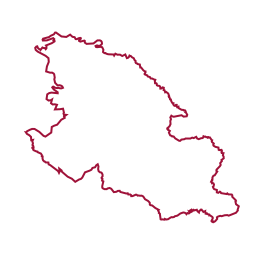 Texcatepec, Veracruz, Mexico, rotated 264°
{"feature_id": "50627088B91275102089847", "entity_name": "Texcatepec", "entity_type": "district", "adm_level": 2, "iso_a3": "MEX", "parent_name": "Mexico", "parent_adm1": "Veracruz", "projection": "equal_earth", "projection_center": [-98.314, 20.622], "detail": "fine", "context": "isolated", "style": "outline", "palette": "rose", "viewbox_px": 256, "rotation_deg": 264, "n_neighbors": 0, "source": "geoboundaries", "source_scale": "gbopen_adm2", "svg_char_len": 5770}
<svg xmlns="http://www.w3.org/2000/svg" viewBox="0 0 256 256"><g transform="rotate(264 128 128)"><path d="M38.6,230.0L40.9,227.5L43.1,227.2L43.8,227.2L44.2,227.8L44.9,227.6L48.7,224.5L50.2,224.7L51.0,224.2L51.5,220.9L52.6,219.9L52.0,219.2L53.5,213.8L54.8,213.2L55.1,212.7L54.1,211.0L54.7,209.6L57.1,209.9L58.2,207.3L59.7,206.5L60.6,206.3L60.9,206.9L62.7,207.6L64.0,207.2L64.4,206.5L64.2,205.8L65.5,205.5L65.8,205.0L66.6,205.5L66.9,206.3L68.0,206.2L68.3,206.7L70.0,206.8L71.0,207.5L71.6,208.0L71.9,209.3L75.4,212.2L76.1,211.4L77.3,211.7L80.4,215.4L81.6,216.3L83.4,216.0L85.3,217.9L86.4,217.6L87.8,220.0L89.6,220.1L90.9,219.5L93.0,220.3L93.3,218.6L94.4,218.4L95.3,219.1L96.5,218.7L96.5,216.3L96.8,215.9L99.1,215.9L100.1,213.0L101.4,211.3L102.3,211.0L103.6,211.7L105.2,210.1L106.0,209.9L107.0,210.4L107.2,210.0L110.1,208.4L110.0,206.5L110.6,206.6L110.7,204.8L111.4,204.0L111.3,203.2L111.9,202.2L110.5,201.6L110.2,201.0L110.2,199.6L109.5,197.2L110.3,195.7L112.1,194.9L111.1,192.3L111.7,190.8L111.0,188.9L111.5,184.0L111.0,183.1L110.9,179.9L109.8,178.6L109.9,177.6L112.7,173.9L114.8,172.5L115.0,171.0L115.4,170.9L116.3,169.2L119.1,168.2L120.7,169.3L121.9,167.7L122.5,167.9L122.9,167.0L123.6,167.0L125.3,169.4L127.4,170.7L130.6,170.8L132.3,171.7L134.1,171.2L135.7,172.4L135.0,173.2L134.4,174.7L135.1,182.6L133.5,184.5L133.5,187.6L134.9,188.3L137.4,187.2L137.8,186.6L138.6,187.1L139.7,186.4L139.7,185.2L140.2,184.9L140.5,183.2L142.5,180.4L143.9,180.4L143.5,179.1L144.6,178.6L145.9,178.8L146.0,178.1L145.1,177.0L145.3,176.4L146.6,175.5L147.9,175.8L148.1,174.8L149.9,173.9L151.9,173.6L152.1,172.8L153.5,172.7L154.3,172.0L155.2,171.8L155.4,172.3L158.1,171.6L159.9,169.7L159.6,168.7L161.7,168.3L162.0,167.4L164.3,167.8L164.8,166.7L163.8,165.3L163.8,164.3L165.9,164.3L166.6,163.6L167.0,161.8L167.5,161.2L169.1,161.2L169.5,160.9L169.7,159.6L171.7,159.6L173.1,160.2L173.7,158.6L174.6,157.4L174.9,155.7L176.4,155.1L177.2,153.0L178.3,152.7L179.4,150.5L180.0,150.1L181.4,151.2L182.4,151.3L182.6,150.5L183.9,149.2L186.8,147.4L186.9,146.5L189.9,146.4L190.6,144.2L191.1,144.0L191.7,142.7L192.7,142.3L193.8,142.6L195.1,141.5L196.7,141.1L198.0,139.3L199.4,138.2L199.4,137.4L199.8,137.0L198.5,136.3L197.8,135.3L197.6,134.2L201.4,133.0L200.2,129.8L201.8,127.7L202.0,125.1L203.2,123.2L201.5,121.8L202.6,121.4L203.4,116.0L204.2,114.1L204.9,113.5L204.8,112.8L205.5,111.7L206.2,111.1L208.4,111.7L211.0,110.8L211.6,109.2L211.6,105.7L211.9,104.7L212.7,104.3L213.0,104.3L213.4,105.8L212.7,107.5L212.8,108.8L214.0,110.6L214.9,111.0L216.6,110.8L217.4,110.3L218.1,109.2L218.3,106.7L215.7,102.5L216.0,95.6L217.4,94.0L219.2,94.1L219.5,93.7L218.9,89.6L219.8,88.4L220.3,88.5L221.6,90.3L222.2,90.5L222.6,89.9L222.4,88.2L221.7,86.4L221.9,85.2L223.9,84.4L224.5,82.3L226.9,80.2L225.0,76.2L226.0,71.4L230.5,66.3L230.5,65.4L228.9,64.1L227.8,60.8L226.7,59.0L225.7,52.9L224.8,52.3L223.9,52.5L223.6,56.4L225.2,63.0L224.2,63.9L223.0,63.1L222.6,64.0L221.8,64.0L220.3,61.0L218.7,55.2L218.3,55.5L215.8,55.2L215.0,54.4L216.1,53.8L216.5,52.1L217.0,51.3L214.9,49.3L215.4,49.2L215.4,48.2L217.1,46.7L218.7,46.3L218.6,45.4L217.4,44.1L215.3,44.4L213.4,46.2L208.4,53.6L205.8,56.2L202.0,56.1L197.7,53.8L192.8,52.5L191.2,56.2L191.0,58.3L189.9,59.8L189.1,60.2L185.8,60.4L184.2,59.8L180.6,60.2L177.7,62.4L177.7,64.5L177.1,65.9L176.2,67.0L174.8,67.5L174.4,66.1L174.5,64.8L175.2,62.9L175.1,61.5L175.7,59.6L176.7,58.5L177.0,57.9L176.7,57.3L176.3,56.9L174.1,58.2L170.9,61.8L169.9,61.7L171.2,55.7L171.0,53.4L169.9,51.2L165.3,50.0L163.6,51.9L163.7,54.2L164.3,55.4L160.7,54.0L159.3,55.5L159.2,57.8L158.5,59.8L154.1,57.3L153.8,62.2L154.0,65.4L150.0,65.9L149.3,65.4L147.4,65.7L147.8,66.8L147.5,68.0L146.0,65.6L144.7,66.1L143.2,62.5L138.7,57.9L138.0,54.8L137.0,52.3L131.5,51.2L128.1,45.0L129.0,43.2L133.4,39.4L136.8,35.0L137.1,32.5L136.5,30.3L135.3,27.2L134.3,26.5L134.4,26.0L132.7,26.9L131.1,29.1L129.3,30.6L126.0,30.5L126.1,32.2L124.7,31.4L122.8,31.9L121.1,31.2L120.4,31.8L118.8,32.1L118.4,32.0L118.5,30.8L118.3,30.7L117.6,31.8L116.6,31.4L115.9,31.7L114.5,34.0L114.0,35.5L113.4,35.6L111.7,38.7L110.1,39.5L108.9,39.3L108.6,40.1L106.4,39.8L104.7,40.2L103.5,41.2L103.4,41.7L102.4,42.5L102.0,45.2L100.1,45.3L99.2,46.8L92.9,53.5L92.0,54.2L90.6,54.7L91.8,55.4L94.8,55.4L92.8,57.4L92.5,57.1L91.2,57.9L85.9,62.9L83.4,66.9L80.0,69.9L82.0,74.2L82.2,75.7L83.4,77.3L88.4,80.6L89.6,85.4L90.3,87.2L92.0,88.5L92.4,91.2L94.3,92.6L95.1,94.1L92.9,94.6L90.2,94.0L88.1,94.3L86.8,95.6L86.7,96.4L86.2,97.1L84.5,97.8L82.7,97.7L81.3,96.5L80.6,96.6L80.0,97.3L78.4,96.7L77.5,97.9L72.9,96.3L71.3,96.2L70.7,96.6L69.7,98.1L69.4,100.4L70.0,101.3L70.3,103.4L69.3,105.0L65.7,107.2L65.8,109.8L66.5,111.3L66.4,113.2L65.2,113.7L63.0,119.5L63.1,120.9L61.9,121.3L61.7,123.2L60.9,124.1L59.9,124.1L59.8,125.4L60.9,128.9L60.7,129.6L59.7,130.6L59.8,131.6L59.4,132.7L59.3,134.5L58.3,136.0L55.4,137.5L53.3,140.4L51.5,141.8L49.6,141.7L49.0,142.1L48.4,144.0L45.5,146.9L43.4,150.0L42.8,149.3L41.0,150.0L40.2,149.8L39.5,150.7L33.8,150.9L33.5,151.4L33.5,153.2L33.0,154.4L33.1,155.0L33.7,155.2L33.0,156.4L33.1,158.3L34.5,161.0L34.8,162.2L34.5,163.0L34.7,164.5L35.3,165.3L35.7,168.0L37.5,171.1L38.2,174.1L37.8,175.6L36.9,176.8L36.2,177.1L37.2,178.2L36.7,179.1L36.7,179.7L37.3,180.5L37.9,180.3L37.5,180.8L37.9,182.0L39.4,181.0L40.2,182.7L38.9,183.5L39.8,184.7L39.4,185.2L39.1,185.1L39.5,187.9L37.9,188.4L36.6,189.7L37.8,190.0L39.3,192.1L39.2,192.4L38.7,192.3L38.8,192.8L37.9,193.5L36.6,194.2L37.2,195.9L36.6,195.7L36.2,196.2L34.7,196.2L34.6,196.7L35.1,196.8L34.9,197.6L34.1,197.8L33.5,199.7L32.6,199.7L32.7,200.3L30.9,202.4L30.2,202.9L29.2,202.8L26.8,201.3L25.7,202.1L26.1,203.1L25.5,203.4L26.2,205.0L28.3,207.2L29.9,207.1L30.5,208.2L31.0,210.5L30.5,211.9L31.1,215.0L31.0,217.7L30.3,219.0L32.4,226.5L34.5,228.6L35.3,228.5L38.6,230.0Z" fill="none" stroke="#9f1239" stroke-width="2"/></g></svg>